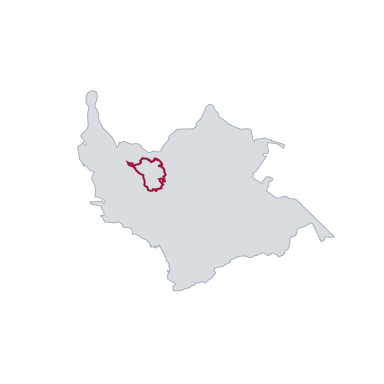 Colombia, with Santander highlighted, rotated 305°
{"feature_id": "COL-1317", "entity_name": "Santander", "entity_type": "Department", "adm_level": 1, "iso_a3": "COL", "parent_name": "Colombia", "parent_adm1": "", "projection": "robinson", "projection_center": [-73.442, 6.936], "detail": "fine", "context": "in_parent", "style": "outline", "palette": "rose", "viewbox_px": 384, "rotation_deg": 305, "n_neighbors": 0, "source": "natural_earth", "source_scale": "10m", "svg_char_len": 7781}
<svg xmlns="http://www.w3.org/2000/svg" viewBox="0 0 384 384"><g transform="rotate(305 192 192)"><path d="M216.4,59.5L213.1,61.0L206.8,62.9L202.5,70.9L199.5,72.3L195.9,77.1L193.2,82.9L191.1,94.9L185.7,105.1L186.2,105.5L188.3,105.1L190.4,103.9L191.1,104.3L191.8,106.1L194.3,106.5L196.3,114.7L200.0,118.9L200.4,120.5L200.9,123.9L199.6,126.0L199.2,133.5L200.3,135.4L203.1,136.2L205.0,140.8L206.2,141.9L207.9,142.7L212.0,141.9L219.4,142.7L221.1,142.6L225.2,141.0L230.5,143.0L234.4,143.3L245.0,157.4L246.0,157.0L247.4,157.9L250.0,156.4L252.3,156.2L255.4,156.9L259.3,156.9L267.3,155.4L268.5,154.6L272.9,155.4L274.2,156.5L274.9,159.1L274.4,160.7L272.8,162.4L272.0,164.5L271.8,167.1L271.1,169.0L269.7,170.2L269.1,172.0L269.4,174.4L268.7,185.0L269.3,185.9L269.8,190.3L271.6,196.0L272.5,197.6L274.1,198.9L276.9,203.6L276.3,205.2L269.0,212.6L268.7,214.3L270.1,213.6L272.3,214.3L273.1,216.0L278.4,221.1L278.4,223.1L279.9,226.9L279.6,227.8L283.4,238.7L283.5,241.1L280.4,241.7L280.3,234.4L279.8,232.9L276.3,226.3L275.6,225.8L273.2,226.6L269.4,231.4L267.5,232.1L266.1,231.4L264.6,228.6L263.6,228.0L262.7,230.4L263.9,232.6L246.7,232.6L243.3,231.7L238.7,232.8L238.7,243.8L246.8,244.0L249.1,247.2L248.9,249.8L249.2,250.7L247.3,251.2L244.4,249.5L239.4,251.6L235.6,252.0L235.4,264.3L237.6,267.3L242.0,270.6L242.6,272.8L242.3,274.9L243.3,277.6L244.8,279.0L244.8,280.5L245.5,282.3L236.9,334.2L233.9,331.0L232.8,328.2L231.3,327.0L228.4,327.9L225.3,326.4L235.3,308.8L235.0,307.3L226.7,303.0L225.8,301.9L221.8,299.6L219.7,300.2L218.4,301.4L215.4,301.7L212.9,299.9L210.0,298.6L206.5,301.6L205.5,301.6L203.0,302.9L200.4,303.4L196.9,302.0L194.1,303.0L192.1,302.8L191.4,301.8L188.9,300.8L188.7,299.6L189.3,297.4L188.3,293.1L187.9,292.4L186.0,292.4L183.8,290.8L183.3,289.9L183.8,288.1L183.4,286.6L181.2,283.2L178.2,282.3L175.4,279.5L172.5,278.5L171.1,276.4L169.9,271.8L166.9,268.2L164.8,267.0L164.1,265.3L161.9,265.1L159.0,262.8L157.7,262.6L156.8,263.7L154.1,262.6L151.8,260.8L149.4,260.4L147.9,259.3L145.0,256.0L142.0,254.4L140.2,255.0L139.6,257.5L138.6,257.9L135.1,257.3L134.5,257.8L133.5,257.7L129.3,255.9L125.0,255.2L123.9,251.1L121.2,249.6L120.4,247.6L118.5,247.8L111.2,244.1L108.2,241.5L105.7,240.0L103.0,237.1L102.5,235.9L100.5,234.2L101.5,232.0L104.0,230.4L107.2,231.7L107.6,229.1L106.5,226.8L107.0,221.7L107.9,220.6L109.7,219.5L110.8,219.9L111.5,219.1L114.1,219.5L114.9,219.1L117.0,217.1L117.8,215.4L118.8,215.6L120.9,212.8L120.6,210.1L122.6,209.4L124.7,204.9L125.7,204.8L126.1,202.6L129.9,195.2L128.5,196.0L127.1,195.5L127.3,193.0L126.8,192.7L125.6,194.6L124.6,192.6L124.9,189.4L123.2,190.0L123.3,189.3L125.7,186.9L126.7,181.4L125.9,179.4L125.4,171.1L125.0,169.5L123.0,167.5L126.2,165.1L127.3,163.3L125.9,159.6L124.0,156.5L124.0,154.7L125.1,154.9L125.6,149.7L124.5,147.8L123.2,147.7L119.0,140.2L117.6,138.6L118.7,134.9L120.0,133.3L119.7,130.6L120.5,130.7L122.3,133.2L123.0,132.8L125.9,130.5L126.0,128.2L128.2,125.9L125.1,118.1L124.0,116.9L125.3,114.4L126.0,114.6L127.2,117.0L129.2,118.6L132.1,122.9L133.4,123.9L132.5,124.9L132.3,125.9L132.7,126.5L134.4,126.6L135.0,125.4L134.6,120.1L133.9,117.5L132.4,115.6L132.9,114.9L135.8,113.6L142.0,108.6L144.2,103.8L145.8,102.1L147.6,101.0L149.9,101.3L151.6,100.7L152.2,99.2L151.0,95.9L152.3,91.4L152.3,89.2L153.1,87.8L152.9,87.3L150.6,88.9L152.9,85.7L154.6,80.9L163.6,72.4L169.4,74.4L171.3,74.3L168.9,75.4L168.5,76.6L169.3,77.9L170.2,78.3L171.0,77.4L173.0,72.5L173.2,69.7L174.1,68.8L175.3,68.4L181.1,69.6L186.5,69.2L195.4,62.1L202.1,59.1L203.7,56.2L204.1,54.0L205.3,53.1L206.6,53.1L207.4,51.9L210.4,50.0L213.7,49.8L217.2,51.5L218.8,54.4L219.1,56.4L216.4,59.5ZM114.2,218.6L113.8,218.9L113.1,218.3L112.8,217.4L113.3,216.8L113.9,217.0L114.2,218.6Z" fill="#d9dde1" stroke="#a8b0b8" stroke-width="1"/><path d="M181.8,130.0L182.1,130.3L182.3,130.5L182.7,130.7L183.1,131.1L183.4,131.5L183.5,131.7L183.5,131.8L183.7,132.1L183.8,132.2L184.0,132.4L184.2,132.5L184.5,132.6L185.3,132.7L185.6,132.9L185.7,133.1L185.8,133.1L186.1,133.2L186.6,133.1L187.0,133.2L187.3,133.2L187.5,132.3L187.8,131.9L188.0,131.7L188.2,131.8L188.3,131.8L188.7,131.9L189.2,131.9L189.5,131.9L189.7,132.0L189.8,132.0L190.1,132.0L190.4,132.1L190.5,132.0L190.8,131.9L191.4,132.0L191.3,132.3L191.4,132.9L191.5,133.2L191.6,133.4L192.7,134.4L192.7,134.6L192.7,134.8L192.8,135.2L193.2,135.9L193.4,136.2L193.4,136.3L193.6,136.4L193.6,137.4L193.0,138.1L193.2,138.4L193.3,138.5L193.4,138.8L193.5,138.9L193.7,139.0L193.7,139.4L193.7,139.5L193.8,139.6L193.7,139.9L193.5,140.2L193.0,141.2L193.1,141.5L193.5,141.7L193.9,141.8L194.2,141.9L194.3,142.0L194.5,142.2L194.7,142.3L195.1,142.7L195.3,142.5L195.5,142.4L195.8,142.4L196.0,142.5L196.2,142.9L196.3,142.9L196.4,142.7L196.5,142.6L196.8,142.6L197.2,142.5L197.4,142.5L197.5,142.5L197.6,142.4L197.7,142.5L197.8,142.5L198.0,142.8L198.0,143.2L198.0,143.5L198.0,144.0L198.1,144.5L198.3,144.4L198.5,144.3L198.6,144.2L198.7,143.9L199.1,145.2L199.0,145.5L198.9,145.7L198.9,146.0L199.1,146.6L199.0,147.2L198.8,148.5L198.2,149.7L198.1,150.0L198.1,151.0L197.8,151.3L197.5,151.5L197.0,152.1L196.6,152.2L196.3,152.1L196.0,151.3L195.9,150.9L195.6,150.5L195.1,150.1L194.8,149.8L194.7,149.8L194.4,149.9L194.2,150.1L194.3,150.5L194.8,151.0L195.1,151.3L195.2,151.5L195.2,151.8L195.1,152.4L195.2,153.1L194.9,154.1L195.1,154.6L195.1,154.9L195.1,155.3L194.9,155.6L194.7,155.9L194.3,156.1L194.0,156.9L193.7,157.1L193.3,157.3L192.8,157.5L192.6,157.7L192.5,158.0L191.4,159.6L191.1,160.4L191.0,160.6L190.7,160.6L189.3,160.3L188.8,160.0L188.5,159.8L188.3,159.7L188.2,159.7L187.9,159.9L187.7,160.7L186.9,162.0L186.6,162.1L186.1,161.9L185.9,162.0L185.8,162.4L185.7,162.8L185.4,163.1L185.2,163.7L184.8,163.6L184.2,162.7L184.1,162.2L184.3,162.1L184.6,161.8L184.7,161.5L185.0,161.3L185.2,160.9L185.4,160.2L185.5,159.8L185.5,159.5L185.4,159.3L185.3,159.0L184.7,158.4L184.0,158.0L183.7,157.7L183.3,158.7L183.2,158.8L182.5,159.4L182.4,159.7L182.3,160.4L182.0,160.9L181.9,161.2L182.0,161.5L182.0,161.8L182.0,162.2L181.9,162.7L181.7,163.6L181.7,163.9L181.7,164.1L181.6,164.3L181.4,164.3L181.1,164.0L180.8,163.8L180.5,163.7L180.2,163.6L179.7,163.7L178.7,164.0L178.0,164.5L178.0,164.0L178.0,163.9L177.8,163.9L177.6,163.8L177.4,163.9L177.1,164.0L176.8,164.1L176.6,164.1L176.1,163.8L175.7,163.3L175.5,162.7L175.3,162.6L175.2,162.6L174.9,162.6L174.7,162.0L174.5,161.8L173.9,161.6L173.6,161.2L173.3,161.5L173.1,161.8L172.9,162.0L172.7,162.2L172.3,162.1L172.1,161.5L172.1,161.3L172.2,160.9L172.6,160.2L172.6,159.9L172.5,159.5L172.3,159.2L172.1,158.7L171.8,158.3L171.6,158.4L171.4,158.5L171.0,158.8L170.8,158.9L170.7,158.9L170.4,158.7L170.1,158.5L169.9,158.3L169.6,157.9L169.0,156.9L168.8,156.1L168.6,155.8L168.5,155.3L168.5,155.1L168.4,154.7L168.9,154.3L169.3,153.9L170.0,152.7L170.3,152.7L170.5,152.3L170.5,152.1L170.4,152.0L170.1,151.7L170.1,151.4L170.1,149.9L170.1,149.7L170.3,149.3L170.3,149.1L170.4,148.9L170.6,148.8L171.2,148.7L171.8,148.4L174.6,146.1L174.8,145.8L175.2,144.7L175.9,144.0L176.0,143.7L177.3,142.9L177.7,142.6L177.9,142.2L177.8,141.5L177.7,141.2L177.4,140.7L177.3,140.3L177.2,138.2L177.2,137.4L177.3,137.4L177.3,136.7L177.5,135.9L177.7,135.5L177.7,135.3L177.7,135.1L177.5,134.9L177.5,134.7L177.5,134.1L177.6,133.8L178.4,132.6L178.5,132.4L178.8,132.1L178.7,131.5L178.8,131.3L178.8,131.2L178.8,130.9L178.7,130.6L178.8,130.4L178.9,130.2L179.0,129.2L179.0,128.8L178.8,127.8L178.7,127.6L178.3,126.5L178.4,126.3L178.1,125.3L178.1,125.0L178.1,124.7L178.2,124.1L178.4,123.7L178.7,123.5L178.9,123.3L179.0,123.1L179.1,122.9L179.3,122.9L179.4,122.7L179.5,123.5L179.5,123.8L179.6,124.1L180.3,125.3L180.3,125.7L180.4,125.8L180.5,125.8L180.8,126.1L181.0,126.2L181.0,126.3L181.2,126.6L181.2,127.0L181.1,127.3L180.6,127.7L180.5,127.8L180.4,127.9L180.1,128.2L180.1,128.3L180.0,128.5L180.1,128.9L180.1,129.1L180.0,129.3L179.9,129.9L181.8,130.0Z" fill="none" stroke="#9f1239" stroke-width="2"/></g></svg>